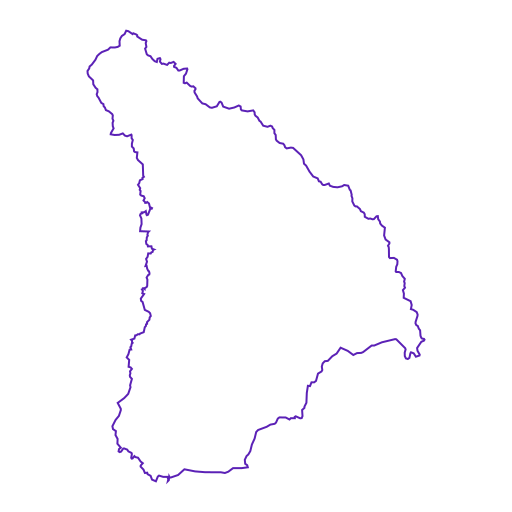 the district of Gile, Zambezia, Mozambique
{"feature_id": "85939544B5310870224650", "entity_name": "Gile", "entity_type": "district", "adm_level": 2, "iso_a3": "MOZ", "parent_name": "Mozambique", "parent_adm1": "Zambezia", "projection": "natural_earth1", "projection_center": [38.293, -15.881], "detail": "fine", "context": "isolated", "style": "outline", "palette": "violet", "viewbox_px": 512, "rotation_deg": 0, "n_neighbors": 0, "source": "geoboundaries", "source_scale": "gbopen_adm2", "svg_char_len": 6019}
<svg xmlns="http://www.w3.org/2000/svg" viewBox="0 0 512 512"><path d="M117.7,402.9L120.8,408.8L120.8,410.2L118.9,415.9L115.6,419.9L112.4,426.2L113.0,429.1L115.9,431.1L115.5,435.1L117.6,438.9L117.4,443.7L120.8,447.7L119.0,449.1L118.6,451.4L119.7,452.1L121.1,451.6L123.2,448.6L124.0,448.4L127.2,449.6L128.4,451.4L131.5,452.9L131.9,454.0L131.2,457.8L131.7,458.6L132.5,458.5L134.4,456.1L135.4,457.1L138.0,457.7L140.6,461.5L142.8,463.2L140.7,465.5L140.6,466.6L143.5,469.6L144.9,473.0L147.2,472.7L147.6,474.2L150.6,475.8L152.0,479.6L155.9,481.3L157.8,476.6L159.0,475.6L163.3,476.9L167.4,476.9L168.3,479.4L167.9,481.1L168.8,480.2L169.2,476.5L169.7,477.5L170.8,477.5L178.1,475.0L184.4,469.3L195.1,471.4L205.0,472.2L221.0,472.3L224.9,473.0L228.3,471.7L233.1,468.1L241.9,468.1L247.8,467.3L247.2,465.2L245.2,463.8L244.8,459.8L246.6,456.0L248.3,454.5L250.3,451.1L251.9,444.5L254.6,438.6L256.2,432.0L258.1,430.0L266.7,426.8L270.4,424.6L274.7,423.8L276.0,422.6L277.8,418.6L279.4,417.4L285.7,417.5L289.5,419.5L290.8,418.2L294.8,418.2L294.7,416.9L295.7,416.3L300.2,418.3L301.7,418.1L302.5,416.1L302.1,410.0L304.4,407.9L304.5,406.5L306.4,402.8L306.8,392.9L307.9,385.8L310.0,386.1L311.5,382.3L314.2,382.3L316.0,380.9L318.0,373.6L321.5,371.5L322.3,370.0L321.8,366.6L322.7,363.4L324.8,361.2L327.8,360.9L332.3,356.2L336.6,353.6L340.6,347.7L347.8,350.9L353.3,355.0L357.0,353.1L361.2,352.9L363.1,352.1L371.7,345.5L374.3,345.5L381.9,342.3L395.1,339.1L396.3,339.3L405.2,348.2L405.6,349.4L404.7,352.7L404.8,356.1L405.9,358.4L407.8,359.0L409.4,357.9L410.4,353.3L411.0,352.3L413.7,353.3L415.9,356.7L419.5,355.5L419.7,354.6L417.5,350.8L417.1,348.0L421.3,341.8L423.9,340.7L424.5,339.7L424.0,338.9L422.1,338.6L421.3,337.8L420.5,335.8L420.1,330.3L418.8,328.7L417.8,326.0L416.3,325.1L415.5,323.4L415.6,321.9L417.5,315.9L417.6,314.5L416.7,312.1L413.2,309.8L410.9,309.1L411.7,305.0L410.6,301.2L403.7,297.8L403.9,293.6L402.9,290.1L405.0,287.7L404.3,286.1L404.7,283.1L404.1,281.6L404.8,278.8L402.4,276.1L401.0,273.0L398.8,272.0L396.2,272.0L395.7,271.4L396.2,266.8L397.3,264.3L397.5,261.2L397.0,259.7L393.9,257.9L389.9,258.1L389.0,257.0L388.9,249.1L388.7,247.0L388.0,245.8L389.4,243.5L389.4,242.3L385.6,239.5L384.1,235.5L384.9,227.7L381.9,225.6L380.2,223.5L379.9,221.5L378.2,219.2L377.8,216.1L376.5,216.3L373.9,219.1L372.6,219.3L370.2,218.5L368.4,218.8L364.8,216.8L364.7,214.2L363.8,212.6L360.9,211.2L359.9,209.0L356.9,206.4L355.5,206.4L354.3,205.5L352.3,201.4L352.4,198.3L351.5,195.9L351.7,194.8L350.6,190.4L349.8,189.8L348.2,185.7L344.2,185.0L342.1,186.3L337.5,187.3L333.2,186.9L329.9,185.7L328.8,183.5L324.7,185.0L323.2,185.0L322.2,184.3L320.6,181.7L318.9,181.3L317.7,178.4L313.2,176.5L309.5,171.6L306.1,165.6L304.0,163.7L303.4,159.4L301.1,155.2L293.1,147.9L290.9,147.6L286.7,148.4L285.1,147.2L284.4,145.2L283.2,143.7L279.6,143.0L276.7,140.7L275.9,139.4L275.7,135.0L274.4,133.2L274.4,129.9L272.7,128.1L272.1,126.5L270.4,125.7L267.5,126.8L263.2,125.7L260.6,121.6L259.4,120.8L257.7,117.5L255.5,115.8L254.7,114.4L254.6,112.3L253.2,110.4L247.6,111.4L241.8,110.4L240.9,109.4L240.6,106.5L238.8,105.5L234.3,107.5L229.1,108.7L223.2,106.6L221.6,102.7L220.4,101.7L219.5,101.9L216.8,106.3L211.9,107.8L209.8,107.4L205.6,104.2L202.3,103.4L197.7,98.4L197.1,96.5L194.6,92.5L194.4,90.9L195.5,89.2L195.5,88.3L193.3,86.3L191.8,86.6L190.2,86.0L186.7,82.6L185.0,83.3L183.7,82.8L183.9,76.2L186.0,73.6L187.4,69.3L187.1,68.5L183.6,68.8L179.7,70.5L178.3,70.5L176.4,67.8L174.1,66.9L174.0,66.0L175.6,63.9L173.6,61.9L170.8,63.0L169.2,62.7L167.1,64.9L163.4,63.6L161.9,63.9L159.9,61.6L160.5,59.2L159.9,58.1L157.5,58.8L156.8,62.0L154.7,61.2L152.3,58.9L150.5,56.2L148.1,55.4L146.8,54.3L145.1,48.6L146.4,46.9L145.7,43.1L146.4,41.1L145.9,40.3L142.1,39.7L137.2,36.5L137.2,35.2L136.3,34.5L133.3,33.3L132.6,34.1L128.4,31.2L126.2,30.7L124.6,34.1L121.8,36.0L120.3,38.4L119.5,41.2L119.7,45.7L117.7,46.9L114.8,47.5L110.4,47.4L108.0,49.7L101.8,52.1L99.4,53.9L97.2,56.0L95.4,59.8L91.8,64.6L89.6,66.5L89.2,68.5L87.5,71.0L87.7,73.6L88.9,76.4L93.1,80.4L93.3,84.3L95.6,87.8L97.4,89.3L97.5,92.1L96.7,94.2L97.3,96.2L98.5,97.6L101.3,102.9L103.4,104.1L103.7,106.3L104.9,107.5L105.9,110.1L108.8,111.3L112.2,114.1L112.8,115.4L112.5,118.7L113.4,120.8L112.6,122.8L112.8,126.2L113.6,128.4L110.9,133.1L110.7,134.3L114.6,135.0L119.1,134.8L122.8,133.4L124.9,135.6L127.1,136.3L131.3,134.6L131.6,135.1L131.6,138.2L132.8,140.0L131.9,143.6L131.9,146.6L133.7,148.4L134.1,151.4L135.1,152.1L137.4,152.4L136.8,157.9L138.0,160.1L142.8,164.4L143.2,175.7L143.9,176.8L142.5,177.7L142.6,179.1L139.9,180.3L139.2,183.2L138.0,184.8L140.2,188.2L139.7,189.8L140.6,191.0L140.2,194.6L141.3,195.6L143.7,196.2L144.7,198.2L143.5,200.5L145.1,202.1L145.2,202.9L146.1,202.9L147.2,202.0L149.0,203.5L150.1,208.0L150.6,207.4L152.0,208.1L151.7,208.7L151.0,208.4L150.1,209.3L148.0,214.7L146.9,215.2L146.5,214.7L145.8,211.1L144.3,212.2L141.9,212.4L142.2,213.3L140.7,213.7L140.0,215.3L141.4,218.5L141.6,224.1L140.4,227.7L140.1,231.2L148.8,231.5L148.0,232.3L147.4,234.9L147.8,235.7L146.8,237.4L146.6,240.4L145.9,241.1L146.3,243.9L147.8,245.2L147.9,246.4L151.4,246.3L151.9,248.7L154.0,249.5L153.1,249.9L152.6,251.9L151.3,252.4L150.7,253.5L148.2,253.4L147.6,256.8L146.1,258.9L147.0,261.7L145.5,266.0L146.6,265.8L147.2,268.7L148.2,270.8L149.0,271.3L149.5,273.2L149.3,274.5L148.1,275.1L146.6,277.6L147.4,279.6L147.2,285.9L146.6,287.1L144.8,288.1L144.7,289.0L143.9,288.2L142.8,288.3L142.6,289.3L142.0,289.5L142.9,290.9L142.3,293.3L144.1,294.0L140.8,298.6L141.1,300.8L142.6,302.0L144.8,309.9L148.7,311.8L150.1,313.2L150.8,316.0L149.7,317.4L149.4,319.7L147.0,322.2L147.1,323.8L146.0,324.4L145.9,326.0L144.8,327.2L143.7,332.2L140.0,333.6L139.5,334.3L137.9,334.2L136.4,335.3L135.2,335.4L134.4,338.6L131.1,339.7L132.1,340.8L132.0,342.3L132.6,342.9L131.7,343.8L131.2,346.4L130.4,347.2L131.2,349.5L129.6,349.7L128.4,354.2L126.7,357.4L129.2,359.9L128.6,366.8L130.6,367.4L131.9,368.9L130.0,371.3L130.4,373.3L129.8,375.2L130.0,376.8L131.9,378.9L130.1,385.3L130.5,387.2L128.2,393.9L124.2,398.1L117.7,402.9Z" fill="none" stroke="#5b21b6" stroke-width="2"/></svg>